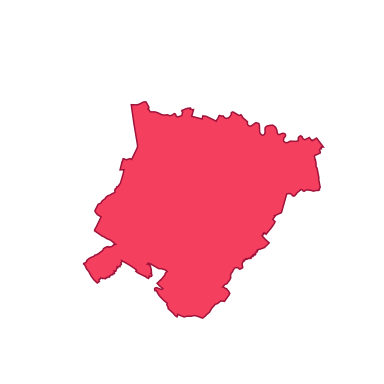 Balesti, Gorj, Romania, rotated 232°
{"feature_id": "2599482B86837761601093", "entity_name": "Balesti", "entity_type": "district", "adm_level": 2, "iso_a3": "ROU", "parent_name": "Romania", "parent_adm1": "Gorj", "projection": "mercator", "projection_center": [23.167, 45.008], "detail": "fine", "context": "isolated", "style": "filled", "palette": "rose", "viewbox_px": 384, "rotation_deg": 232, "n_neighbors": 0, "source": "geoboundaries", "source_scale": "gbopen_adm2", "svg_char_len": 5999}
<svg xmlns="http://www.w3.org/2000/svg" viewBox="0 0 384 384"><g transform="rotate(232 192 192)"><path d="M298.2,197.9L282.3,188.7L262.8,178.1L261.3,177.0L260.5,176.0L254.8,164.4L255.7,164.2L256.6,163.4L257.8,160.1L259.0,159.4L259.2,159.1L259.6,159.1L260.6,158.2L258.7,155.7L258.9,155.5L253.7,148.9L251.4,152.1L248.3,148.4L243.0,141.0L242.4,138.6L241.8,137.6L242.4,136.0L241.9,135.7L241.7,134.9L241.7,133.6L241.1,132.2L240.3,132.1L239.3,131.0L239.3,129.9L239.9,128.0L240.0,125.8L240.9,123.3L240.8,120.4L240.3,119.9L240.2,119.4L240.3,116.2L240.0,114.7L239.3,113.3L240.1,110.5L237.0,103.9L235.5,103.5L232.4,103.5L228.4,105.1L223.1,94.4L222.7,93.1L221.5,91.3L212.2,94.2L210.8,95.1L208.0,96.0L204.2,98.2L197.9,99.6L198.3,98.8L198.2,98.5L198.7,98.1L198.5,96.7L198.3,96.0L198.6,94.7L199.1,94.0L199.2,93.3L200.2,92.6L200.0,92.2L200.2,91.8L201.0,91.6L201.4,90.7L201.4,89.6L201.7,89.4L201.8,87.2L201.2,86.5L200.9,85.5L200.9,84.6L201.1,84.2L200.9,82.9L201.1,81.8L200.7,81.1L201.2,80.2L200.9,79.1L201.3,78.8L201.4,77.8L202.1,76.6L201.8,75.8L201.9,74.2L202.8,71.7L202.7,70.5L203.0,69.9L202.9,67.3L202.5,66.4L202.1,66.1L201.9,65.3L201.9,64.2L202.4,63.0L202.1,62.3L200.5,62.6L196.3,61.6L192.9,61.7L188.0,60.8L183.5,60.6L178.6,61.3L178.5,64.0L179.9,64.4L180.3,64.9L180.0,66.3L180.5,67.2L179.7,67.9L178.9,68.2L178.4,69.1L177.0,70.3L177.4,71.1L176.8,71.7L176.8,72.3L177.1,73.2L175.8,74.4L175.9,75.1L176.7,75.6L176.3,76.6L176.4,77.7L175.6,78.5L175.7,78.9L176.5,79.6L175.5,80.6L175.6,80.9L176.3,81.1L176.7,81.7L177.7,82.1L176.6,82.9L176.5,83.3L178.3,85.7L178.4,86.1L178.0,86.4L177.9,86.9L179.0,86.8L179.3,87.1L178.7,87.7L178.4,88.6L177.5,89.3L178.4,90.1L178.3,91.2L178.6,91.9L180.2,92.6L180.2,93.6L180.5,94.4L180.9,94.5L172.6,97.9L167.0,99.7L164.4,100.2L164.1,98.9L161.7,99.5L154.8,102.8L154.5,103.3L153.0,103.4L150.7,104.4L151.0,105.4L152.1,106.5L151.4,107.0L151.1,106.8L150.5,108.1L151.1,109.3L152.2,109.6L153.2,109.4L153.1,110.2L153.3,110.4L156.6,112.5L158.5,113.1L159.0,113.6L159.7,113.7L162.1,113.0L162.7,112.4L162.9,113.7L162.6,114.2L161.7,114.2L161.0,114.5L160.2,115.6L159.8,115.5L152.1,118.6L150.4,120.6L147.5,122.8L144.7,123.5L144.5,121.4L144.3,120.7L143.4,119.9L141.8,113.1L142.1,113.0L141.7,110.3L141.6,108.3L138.5,108.5L133.8,109.6L133.8,108.4L134.1,107.8L138.5,105.2L139.1,103.6L138.7,102.9L138.1,102.4L136.9,102.1L136.4,103.2L131.3,102.4L128.4,102.5L124.1,103.0L119.4,104.0L118.7,102.7L115.6,102.1L114.8,101.4L108.2,102.6L105.1,102.6L102.8,103.3L103.0,103.8L104.4,105.3L98.4,108.8L97.3,111.4L94.5,115.0L93.6,117.1L92.8,118.2L90.3,120.1L86.6,122.3L86.0,122.9L86.1,126.2L86.5,128.9L86.5,131.7L88.1,135.6L89.2,141.0L88.5,143.2L88.3,144.9L88.5,146.4L88.3,147.8L87.3,148.7L87.0,149.3L85.8,150.2L88.1,158.0L88.5,158.4L88.8,159.3L91.6,159.8L92.5,159.6L94.5,159.7L95.5,158.9L97.4,158.4L98.3,157.7L98.9,160.9L98.3,162.6L98.3,163.8L98.9,165.0L99.3,167.1L100.5,169.7L102.3,170.8L103.8,172.7L104.2,174.7L105.3,176.9L105.8,179.1L105.3,180.2L104.5,181.1L103.8,181.6L101.8,182.0L101.1,184.4L101.2,185.2L101.5,185.7L103.5,186.6L104.9,187.7L105.8,189.7L105.6,190.1L106.1,190.1L106.3,190.4L105.9,190.8L106.3,191.2L105.9,191.5L106.2,191.8L106.2,192.5L105.9,192.7L106.2,193.0L106.1,194.0L105.8,194.2L105.4,193.8L105.3,194.4L105.1,194.4L105.0,195.4L104.4,196.0L104.6,196.3L104.2,196.4L104.2,197.1L103.9,197.1L103.8,197.4L103.4,197.6L103.6,198.1L103.8,197.9L104.2,198.3L104.4,198.7L104.0,198.9L104.0,199.2L104.4,199.4L104.6,200.4L104.2,200.5L104.4,200.7L104.1,200.8L104.4,201.1L104.0,201.3L104.5,201.9L104.0,201.9L104.1,202.4L104.3,202.5L104.0,202.8L104.1,203.1L103.7,203.1L103.8,203.4L103.7,203.7L104.9,204.7L104.8,205.1L105.2,205.4L104.7,206.6L105.5,207.5L105.8,207.3L106.1,208.0L105.6,208.6L105.7,209.5L105.1,210.3L103.6,214.8L104.4,221.5L109.5,220.6L114.4,220.3L114.7,222.5L115.4,222.4L115.5,223.9L113.1,224.3L115.0,232.7L116.5,237.4L117.4,239.2L120.7,238.8L121.9,242.8L122.4,242.5L120.7,249.8L132.2,265.5L130.6,268.2L129.4,268.8L126.7,269.1L126.0,269.8L125.8,271.0L126.3,272.0L126.1,272.8L126.7,274.3L126.8,279.5L125.5,280.3L124.5,280.2L123.9,280.5L123.4,281.2L123.3,283.5L119.7,287.0L117.8,288.3L117.3,289.9L115.6,292.3L115.2,293.1L115.2,293.8L116.5,294.6L116.6,295.8L124.1,299.7L125.0,300.7L133.9,305.3L135.6,305.3L137.2,306.7L139.7,308.2L141.5,309.1L141.6,308.8L142.5,309.2L145.2,310.8L145.2,311.9L144.8,312.5L143.8,317.1L144.7,317.8L146.3,318.2L147.0,319.1L147.0,319.6L146.4,320.5L147.6,321.0L147.8,321.5L146.5,323.2L157.8,323.4L158.4,318.4L159.0,318.5L159.1,318.0L162.7,318.0L163.7,313.1L165.5,312.2L167.9,312.8L169.5,312.2L169.6,310.2L169.4,309.4L167.9,307.9L167.1,307.6L166.9,306.9L168.3,304.6L170.0,302.7L170.4,301.8L171.4,301.2L172.3,297.3L173.1,296.3L174.9,295.5L176.2,295.7L177.6,297.1L178.1,298.2L178.3,299.6L179.0,300.6L180.1,301.1L181.0,300.9L182.3,299.8L182.6,299.3L183.4,296.4L183.6,295.9L184.5,295.4L185.9,295.5L188.6,297.0L191.4,297.7L193.0,297.5L195.0,296.7L196.1,295.2L197.6,292.3L197.8,291.8L197.8,290.0L197.7,289.4L196.6,288.2L194.2,286.5L193.1,285.0L192.8,283.6L193.2,282.6L193.8,282.2L195.5,281.8L197.4,282.1L203.1,286.2L204.8,286.8L206.7,285.6L207.4,284.7L207.6,279.4L208.3,278.0L210.1,277.4L211.3,277.4L213.2,279.0L219.3,277.8L221.2,278.2L222.8,278.1L222.8,277.3L223.5,276.1L229.3,273.9L230.2,273.1L230.3,271.9L230.0,271.5L228.9,270.8L228.2,268.7L227.9,267.2L228.0,266.1L228.5,265.1L229.3,264.0L230.3,263.3L232.7,263.4L233.0,263.1L233.2,262.4L235.4,260.8L235.4,260.1L234.0,257.7L233.7,256.2L232.9,254.7L242.9,249.8L245.3,247.4L243.3,244.9L251.8,238.4L256.0,243.9L256.3,243.2L258.1,242.2L258.5,241.6L259.2,242.4L260.9,239.6L261.6,237.6L261.8,236.2L262.5,234.3L262.2,233.8L260.5,233.7L260.1,232.9L258.9,231.6L258.6,230.7L259.7,227.5L260.0,227.0L261.3,226.2L263.5,226.9L264.5,226.6L264.8,225.9L264.6,224.3L265.6,221.6L268.0,220.2L269.3,218.0L271.3,215.9L275.4,213.9L278.0,212.1L280.8,208.5L284.1,208.7L284.4,208.4L284.7,208.7L284.8,209.8L285.6,210.3L291.2,211.2L291.8,210.8L292.9,208.8L293.6,204.8L294.3,203.0L295.3,201.3L298.2,197.9Z" fill="#f43f5e" stroke="#9f1239" stroke-width="1.5"/></g></svg>